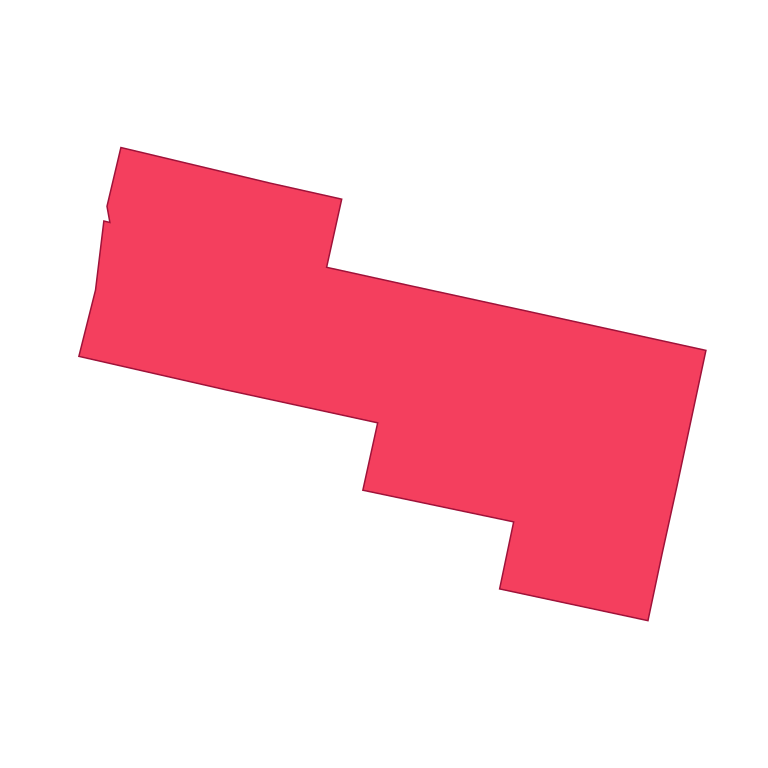 Shawano, Wisconsin, United States of America, rotated 192°
{"feature_id": "52423323B34818409235520", "entity_name": "Shawano", "entity_type": "district", "adm_level": 2, "iso_a3": "USA", "parent_name": "United States of America", "parent_adm1": "Wisconsin", "projection": "natural_earth1", "projection_center": [-88.716, 44.807], "detail": "fine", "context": "isolated", "style": "filled", "palette": "rose", "viewbox_px": 768, "rotation_deg": 192, "n_neighbors": 0, "source": "geoboundaries", "source_scale": "gbopen_adm2", "svg_char_len": 430}
<svg xmlns="http://www.w3.org/2000/svg" viewBox="0 0 768 768"><g transform="rotate(192 384 384)"><path d="M76.1,483.8L276.1,485.1L288.4,485.1L382.0,485.6L464.4,486.2L463.8,556.0L537.5,556.8L690.5,560.6L691.9,500.2L685.7,485.0L691.9,485.2L685.7,415.9L688.2,347.6L537.1,345.4L382.1,344.7L382.6,275.7L228.5,276.1L228.3,207.6L76.6,207.4L76.7,276.0L76.2,344.8L76.1,483.8Z" fill="#f43f5e" stroke="#9f1239" stroke-width="1.5"/></g></svg>